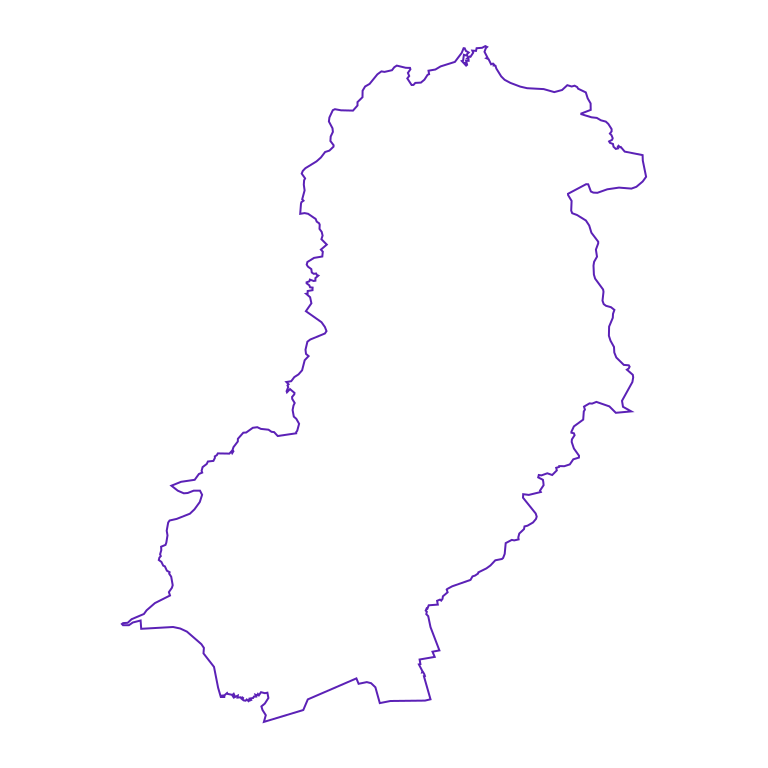 the district of Baia Mare, Maramures, Romania
{"feature_id": "2599482B84718218720770", "entity_name": "Baia Mare", "entity_type": "district", "adm_level": 2, "iso_a3": "ROU", "parent_name": "Romania", "parent_adm1": "Maramures", "projection": "robinson", "projection_center": [23.589, 47.741], "detail": "fine", "context": "isolated", "style": "outline", "palette": "violet", "viewbox_px": 768, "rotation_deg": 0, "n_neighbors": 0, "source": "geoboundaries", "source_scale": "gbopen_adm2", "svg_char_len": 6046}
<svg xmlns="http://www.w3.org/2000/svg" viewBox="0 0 768 768"><path d="M430.5,699.3L423.9,676.2L424.9,676.0L424.2,674.0L423.0,672.0L422.1,672.3L422.4,671.2L418.9,664.4L420.4,664.1L419.6,659.5L434.7,656.9L432.5,651.7L439.4,650.4L430.5,627.1L428.2,616.1L426.3,614.2L426.8,611.7L425.7,610.6L426.7,608.3L427.4,608.7L428.7,605.3L437.8,604.6L437.1,600.8L440.0,599.6L441.2,600.6L442.5,598.9L442.9,596.3L447.6,592.3L446.7,589.5L447.2,589.0L452.2,586.3L470.5,579.9L472.5,576.4L475.0,575.6L478.1,573.5L478.3,572.4L486.4,568.4L490.4,565.5L495.3,560.3L501.9,559.0L503.1,558.0L504.7,553.9L505.7,543.1L511.8,539.9L514.2,540.4L518.6,539.4L518.3,537.3L519.3,533.5L524.0,529.1L524.5,526.4L527.5,525.7L533.0,522.5L536.0,518.9L536.7,516.6L535.7,513.5L523.0,497.7L523.2,494.2L528.8,494.9L540.8,492.0L540.0,490.6L543.6,485.2L543.3,482.0L542.9,479.8L538.2,477.4L538.8,475.0L541.4,475.4L547.3,473.3L552.2,475.0L556.8,470.4L556.2,467.8L559.0,467.0L559.2,466.1L564.3,466.2L569.8,464.4L573.3,459.3L578.9,457.6L579.0,455.7L573.9,448.5L571.7,442.0L571.9,439.4L574.6,435.2L573.9,433.3L571.4,432.7L571.4,431.8L573.9,426.4L583.2,419.6L583.8,411.4L584.9,409.6L584.0,406.6L589.5,403.4L592.1,403.6L596.4,401.9L609.4,406.4L615.8,412.8L631.3,411.4L623.0,406.8L622.0,400.8L632.4,382.0L633.2,377.3L632.8,374.8L626.9,369.7L628.7,368.5L629.6,366.7L628.8,365.3L623.8,364.9L616.3,357.5L614.3,352.5L614.0,347.0L610.5,340.7L608.9,335.8L609.1,326.6L612.8,317.8L613.0,313.9L614.4,309.9L611.0,307.2L606.0,305.8L603.7,304.1L602.5,300.7L603.5,291.8L603.1,289.5L595.1,278.6L593.9,274.6L593.5,265.6L594.1,261.8L597.0,256.7L595.9,249.6L598.2,243.4L598.2,241.7L591.4,232.7L589.2,225.5L585.9,220.5L577.0,215.0L572.2,213.2L571.2,210.6L571.6,200.9L568.1,195.1L568.0,193.8L586.1,184.2L588.2,184.3L590.9,191.5L593.3,192.6L597.4,192.8L607.3,189.3L619.0,187.6L631.4,188.6L636.4,186.8L642.7,181.5L646.1,176.8L642.8,160.6L642.6,155.1L624.7,151.6L620.8,147.0L620.1,147.3L618.5,145.8L617.7,146.9L618.0,148.4L615.8,148.9L613.5,146.7L613.0,144.0L609.9,142.8L609.1,141.4L612.1,139.8L612.7,138.2L611.5,135.2L609.9,133.6L611.6,131.4L611.6,129.1L608.3,123.9L605.8,121.6L600.9,120.3L596.8,117.9L591.5,117.3L581.3,114.2L581.3,113.5L590.7,109.9L590.6,103.4L587.7,98.4L585.8,92.4L578.1,88.7L577.2,87.1L574.6,85.7L571.7,86.5L567.3,85.2L562.1,90.0L554.3,92.1L543.7,89.1L527.1,88.2L520.2,86.6L510.4,82.9L504.6,79.8L501.2,76.4L496.3,68.5L495.5,65.8L493.7,65.5L494.1,64.6L493.0,63.6L491.1,64.3L488.6,59.2L486.4,58.2L487.5,57.6L484.5,51.8L485.8,48.2L487.1,47.0L485.3,46.1L482.1,47.8L476.6,48.2L476.0,50.9L472.3,50.6L473.2,52.7L470.5,56.8L469.1,56.5L467.2,58.4L468.5,58.6L468.6,60.8L466.1,60.7L467.1,64.8L466.6,65.2L465.8,62.9L464.4,62.9L464.6,64.0L461.8,61.0L463.1,60.5L463.9,54.8L467.0,55.7L467.1,54.1L468.7,52.5L465.9,50.9L464.7,48.3L463.6,48.2L461.7,52.9L454.9,61.9L440.6,66.4L435.4,69.5L428.5,70.7L429.1,74.2L427.6,74.8L424.4,79.7L420.9,82.6L415.3,82.9L413.5,84.9L411.6,85.0L407.3,78.4L409.2,76.0L407.9,72.9L410.4,69.3L410.0,67.9L405.8,67.8L396.8,65.6L394.3,67.2L392.0,70.2L384.5,71.9L381.4,71.4L377.4,74.3L369.6,83.9L365.1,86.5L362.6,90.7L362.5,97.2L357.5,102.1L357.5,105.5L353.0,110.6L341.0,110.3L334.9,109.2L332.8,110.2L329.4,117.5L328.9,121.5L332.5,128.3L332.9,131.9L330.7,136.5L330.4,141.0L333.6,145.2L333.5,146.7L329.4,150.6L325.1,152.0L320.9,157.5L316.5,161.4L305.4,168.2L302.8,170.9L301.7,173.6L305.1,178.4L304.1,180.3L303.8,184.7L304.6,190.4L302.2,199.3L303.5,200.7L301.4,202.2L301.0,203.6L300.2,213.8L304.6,213.1L308.1,213.8L315.7,219.0L316.7,221.6L319.1,223.3L319.7,224.7L319.5,228.9L321.7,231.9L322.6,235.6L321.4,239.2L326.8,244.6L320.9,249.6L322.8,251.7L322.3,256.5L314.0,257.9L307.4,262.0L306.7,264.6L307.9,266.6L311.3,269.1L311.8,272.5L313.7,273.8L316.1,273.5L316.8,274.9L318.3,275.6L315.4,278.1L315.4,280.7L313.7,281.0L309.9,279.6L309.4,281.3L306.6,282.3L306.6,283.3L309.3,285.3L310.1,287.3L312.6,287.6L312.5,290.2L307.7,291.0L307.6,293.6L306.2,293.8L310.1,297.2L311.4,303.3L305.9,311.2L321.5,322.2L324.9,327.0L326.5,331.1L324.9,333.5L310.3,339.5L307.4,341.7L305.5,349.7L306.0,353.9L308.6,356.1L304.7,360.2L302.1,370.3L298.5,374.4L294.3,377.1L291.2,381.2L286.4,382.0L288.6,384.3L287.5,385.4L288.2,387.1L286.6,391.2L287.0,392.3L290.0,389.1L294.5,392.9L294.3,394.3L292.1,396.9L292.2,398.9L294.7,403.0L293.5,405.5L292.6,410.0L293.8,416.6L296.3,418.8L299.1,423.8L297.2,430.8L296.2,432.1L296.2,433.3L277.7,436.0L274.1,432.1L271.5,431.8L268.5,429.7L260.9,428.9L257.3,427.2L252.8,427.8L246.2,432.5L243.3,432.7L237.9,438.8L237.8,441.5L233.5,447.1L232.6,449.8L233.4,451.3L232.2,453.2L231.3,451.5L229.4,453.6L217.8,453.4L216.8,455.2L214.8,456.4L214.9,457.9L213.4,460.9L207.9,461.5L206.7,464.0L202.6,467.1L201.6,470.8L202.2,472.6L198.9,474.0L194.7,479.8L181.1,481.8L171.4,485.7L177.8,490.7L183.8,493.3L187.7,493.0L193.6,490.7L200.0,490.7L202.1,494.8L199.8,502.0L194.5,509.3L189.9,513.7L176.7,518.9L169.6,520.5L168.2,522.5L166.7,530.7L167.5,535.4L166.3,542.7L165.5,544.9L161.1,546.7L161.3,550.1L160.1,554.3L160.8,556.1L159.4,557.6L158.8,560.0L161.4,561.9L163.2,565.6L164.9,566.4L166.9,570.7L169.6,572.2L169.2,573.7L171.2,576.7L172.7,585.2L171.9,587.8L168.9,592.1L170.0,595.5L154.9,603.1L146.6,610.3L143.9,614.0L131.6,619.2L127.7,622.8L123.1,623.1L121.9,624.0L123.0,625.2L128.9,625.2L132.8,622.5L140.6,620.5L141.2,628.8L173.1,627.0L180.2,628.5L186.9,631.6L201.4,644.2L203.9,647.9L203.5,653.4L214.0,666.9L218.1,687.7L220.8,697.0L224.3,697.0L224.4,696.2L222.9,695.5L224.5,695.3L227.1,693.0L227.6,693.9L232.5,694.9L233.7,693.8L234.5,695.5L232.6,695.8L233.8,697.6L237.8,695.6L237.5,697.6L240.5,697.3L241.2,698.3L242.3,697.4L243.1,698.0L242.5,699.5L243.7,700.4L245.6,700.7L246.7,699.5L248.4,701.0L248.9,699.9L249.6,700.6L251.1,700.0L250.1,698.5L253.1,698.0L253.9,696.6L256.0,696.6L255.4,694.7L257.1,695.3L257.9,694.0L258.9,695.3L261.0,692.2L264.9,693.2L267.4,692.7L268.4,698.0L264.8,703.6L261.4,706.4L262.5,710.0L265.8,715.2L263.9,721.9L303.3,710.0L307.8,699.4L356.4,678.4L358.6,683.8L366.8,682.1L371.1,683.2L375.4,687.3L379.8,703.1L390.4,701.0L425.0,700.6L430.5,699.3Z" fill="none" stroke="#5b21b6" stroke-width="2"/></svg>